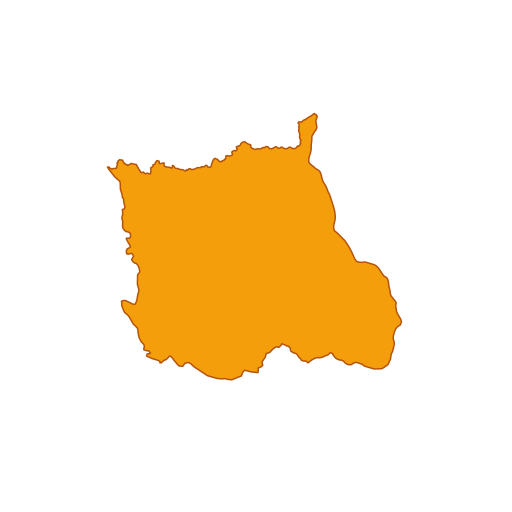 the district of Guadalupe, Huila, Colombia, rotated 310°
{"feature_id": "7082276B74381710029853", "entity_name": "Guadalupe", "entity_type": "district", "adm_level": 2, "iso_a3": "COL", "parent_name": "Colombia", "parent_adm1": "Huila", "projection": "robinson", "projection_center": [-75.679, 1.985], "detail": "fine", "context": "isolated", "style": "filled", "palette": "amber", "viewbox_px": 512, "rotation_deg": 310, "n_neighbors": 0, "source": "geoboundaries", "source_scale": "gbopen_adm2", "svg_char_len": 6144}
<svg xmlns="http://www.w3.org/2000/svg" viewBox="0 0 512 512"><g transform="rotate(310 256 256)"><path d="M402.6,209.0L399.0,208.2L393.5,206.3L392.2,206.3L391.5,205.5L390.3,205.1L388.3,204.9L387.2,204.0L386.5,202.7L385.2,202.6L384.8,203.2L384.7,204.2L383.6,205.3L382.3,205.8L381.3,207.0L379.4,208.1L378.6,209.1L378.2,210.5L377.4,211.0L376.5,212.1L375.3,212.7L373.7,214.7L373.7,215.7L373.4,216.2L371.9,216.4L371.0,217.9L370.2,217.8L369.5,218.3L368.7,218.3L367.7,218.0L366.9,217.1L365.2,217.3L363.6,216.9L362.7,216.2L362.2,215.5L361.4,213.2L361.3,212.0L360.4,211.4L358.7,211.0L358.0,210.5L357.3,209.8L356.1,207.8L356.3,206.6L355.9,205.6L355.2,205.2L353.9,204.9L353.0,204.1L352.8,203.2L352.8,201.6L352.2,200.7L349.4,199.7L348.3,199.2L347.8,198.6L347.1,197.3L347.0,196.4L347.3,194.9L346.6,193.7L345.8,193.0L344.5,192.9L343.2,191.3L341.9,191.1L340.8,190.5L339.9,189.5L339.2,188.2L337.3,187.0L336.6,186.2L336.5,184.9L335.9,183.6L335.9,182.5L336.5,181.5L337.5,180.9L337.7,180.1L337.2,179.4L336.6,177.5L336.3,175.5L336.4,174.2L336.0,173.7L334.3,172.4L332.1,172.2L331.2,172.7L330.1,172.6L329.3,171.9L328.1,171.5L327.1,170.8L326.2,171.6L325.9,172.9L325.1,173.1L323.9,173.1L323.5,172.8L322.9,171.6L322.3,171.5L321.4,170.8L320.5,170.6L319.5,171.2L318.7,172.8L317.4,172.8L315.1,171.0L314.4,169.4L313.7,168.8L313.0,168.8L312.0,169.8L311.4,170.0L310.3,170.1L309.6,169.7L308.5,170.0L307.3,168.8L306.3,168.9L305.7,168.7L305.3,168.1L304.9,165.9L305.3,164.8L304.8,163.3L304.8,162.3L303.8,161.5L302.8,161.4L300.5,161.9L299.6,162.4L298.1,162.8L296.1,164.0L294.5,163.8L294.0,163.4L293.7,162.6L293.3,162.2L293.7,160.1L293.4,159.5L292.8,159.1L291.2,159.0L289.8,157.6L289.4,156.8L288.0,156.7L286.0,154.3L283.8,153.4L282.0,152.3L280.7,150.8L280.4,150.1L280.6,149.7L280.1,148.8L279.2,148.6L278.8,148.3L277.7,148.4L277.3,147.4L277.0,147.6L275.7,147.2L275.1,144.5L273.4,142.1L272.7,139.7L272.3,139.5L271.4,137.8L271.5,136.7L271.9,135.9L271.7,135.1L272.0,134.6L271.9,134.1L271.6,133.9L271.2,134.0L270.1,135.0L268.7,134.7L268.6,132.9L267.7,132.0L266.9,130.9L266.3,129.1L265.8,128.3L265.9,127.8L266.7,126.9L268.0,126.0L268.1,125.6L265.0,123.1L265.0,122.2L266.1,121.1L266.3,120.5L265.4,118.8L263.0,118.8L261.3,119.6L259.6,118.5L258.4,119.6L256.1,118.7L255.2,119.1L254.3,120.3L251.6,122.1L251.1,122.2L250.5,121.7L249.5,119.4L248.0,118.4L247.7,117.5L247.9,115.8L246.3,114.8L246.1,113.8L246.7,112.7L247.0,110.8L248.1,108.4L248.3,107.2L249.1,105.8L249.1,105.3L247.8,103.3L246.8,101.0L242.9,99.6L243.1,98.5L242.4,97.3L242.6,96.1L242.3,95.1L242.7,94.5L242.8,93.4L243.7,92.4L243.5,91.9L242.6,90.7L242.2,89.7L240.1,89.2L239.0,90.1L237.8,89.8L236.7,91.3L235.1,91.7L233.9,92.6L233.3,92.5L231.8,91.0L229.8,89.4L229.5,88.3L229.6,86.3L229.2,85.6L228.6,85.2L227.8,87.5L226.2,95.3L225.8,97.6L225.6,103.8L224.3,105.4L220.0,109.2L216.7,114.3L215.2,115.7L214.8,116.6L214.6,118.0L212.7,119.5L209.6,123.8L208.6,124.5L207.9,124.7L207.2,124.7L205.8,123.8L205.2,124.2L204.2,125.4L201.7,127.5L200.8,127.7L198.9,128.8L196.4,132.1L193.3,134.4L192.5,135.3L191.7,136.3L191.1,139.3L191.2,140.8L192.2,142.5L192.6,143.9L192.4,145.2L191.5,146.4L189.6,147.7L189.0,147.7L187.9,147.2L186.4,145.4L185.7,145.7L184.1,149.6L183.4,152.2L182.2,153.9L181.5,153.9L178.7,152.8L177.3,153.0L176.5,153.4L174.8,155.2L174.6,155.8L175.4,157.1L176.6,157.8L178.0,159.1L178.1,159.8L177.7,161.2L176.6,162.5L173.8,162.9L173.1,163.3L172.5,165.8L172.6,167.7L173.3,168.9L173.1,171.2L171.6,174.2L169.8,176.6L168.4,177.4L166.6,177.3L165.3,177.5L158.1,183.3L155.3,187.4L154.1,188.6L152.6,189.4L150.9,190.0L145.6,193.1L143.5,193.9L141.5,194.3L140.7,194.0L139.8,191.9L138.1,184.9L137.0,183.4L135.8,182.3L134.6,182.3L133.2,183.9L131.8,184.9L129.3,189.4L128.5,191.2L128.2,193.3L128.4,194.5L128.1,197.1L124.9,206.2L125.0,208.0L124.5,211.3L123.9,212.6L121.4,215.0L118.2,219.1L116.5,223.3L116.3,225.8L115.9,227.4L114.3,229.1L112.7,229.6L112.2,230.2L112.8,232.4L113.5,233.7L114.3,234.5L114.4,235.1L113.6,237.4L113.2,237.6L111.1,235.6L109.3,236.2L109.1,237.0L110.7,242.4L113.2,248.3L113.4,250.6L112.5,251.0L112.9,251.7L113.5,252.2L116.8,252.5L118.9,253.8L123.8,254.1L124.3,254.5L124.1,257.9L123.7,258.8L122.4,266.0L122.4,267.8L124.2,270.5L125.0,270.9L127.1,270.5L128.2,270.6L129.6,271.5L130.9,272.6L131.6,275.3L131.3,279.6L133.1,295.7L137.2,304.9L140.1,309.1L141.9,310.7L143.7,314.2L145.6,317.0L154.8,321.9L158.5,320.6L161.2,320.7L164.0,326.6L167.9,332.4L169.6,331.5L171.5,329.7L174.8,331.3L176.7,331.4L178.3,329.0L180.1,328.5L184.6,328.1L187.8,326.5L190.9,328.5L195.6,328.7L199.4,329.8L200.8,332.2L203.6,332.6L205.0,332.2L205.5,332.5L206.7,336.2L206.7,337.0L207.7,338.8L207.5,341.0L207.2,341.8L205.9,343.1L205.5,344.1L206.0,347.2L206.8,348.7L207.0,350.0L206.9,351.1L206.0,354.0L205.9,356.3L205.4,357.4L205.4,358.1L206.2,360.0L207.7,362.0L207.5,364.3L208.2,364.8L209.4,364.8L212.4,365.6L215.8,367.0L217.1,367.9L219.4,370.6L221.5,372.1L222.8,372.6L226.6,374.7L230.0,375.2L230.4,377.8L229.9,378.3L229.2,380.8L229.0,383.0L229.2,384.2L230.0,386.9L231.0,388.0L231.7,390.3L231.4,392.9L231.5,394.9L231.8,395.7L232.5,397.1L234.1,398.9L236.5,399.5L238.2,400.5L239.3,401.8L241.1,406.3L241.5,410.2L245.4,419.1L250.3,424.6L252.5,425.6L257.6,426.8L259.7,426.4L261.0,425.8L263.2,425.5L267.8,422.6L270.9,421.9L277.0,418.8L278.6,417.5L281.0,414.1L283.4,412.4L286.7,411.0L289.5,409.9L293.2,409.9L295.8,410.8L298.8,409.9L300.5,407.8L302.8,401.3L303.9,399.3L307.8,394.9L310.2,393.5L310.9,391.9L312.2,385.3L313.2,383.4L315.5,381.0L318.3,377.2L321.8,373.5L322.9,371.5L323.4,369.9L322.9,367.2L323.4,364.5L325.4,358.2L325.8,354.9L325.4,352.3L321.6,343.5L319.4,341.4L317.5,339.0L316.6,336.6L317.2,333.7L321.1,325.6L322.9,320.9L324.9,314.1L325.9,302.8L325.7,300.1L327.2,297.7L329.9,295.5L332.3,294.5L336.4,292.1L339.5,289.0L341.0,287.3L343.7,283.5L350.5,272.6L351.5,270.0L353.7,266.1L354.8,263.5L355.8,260.3L357.1,257.8L360.2,253.5L361.6,251.1L361.9,248.9L361.3,245.5L361.4,242.3L361.3,238.6L361.8,236.2L363.6,234.5L365.8,233.2L371.1,230.9L373.0,229.8L377.2,226.5L380.8,224.1L383.5,221.9L387.8,221.1L391.0,220.9L393.6,220.0L398.2,214.7L402.1,213.4L402.8,212.0L402.7,211.3L402.9,211.0L402.6,210.6L402.6,209.0Z" fill="#f59e0b" stroke="#b45309" stroke-width="1.5"/></g></svg>